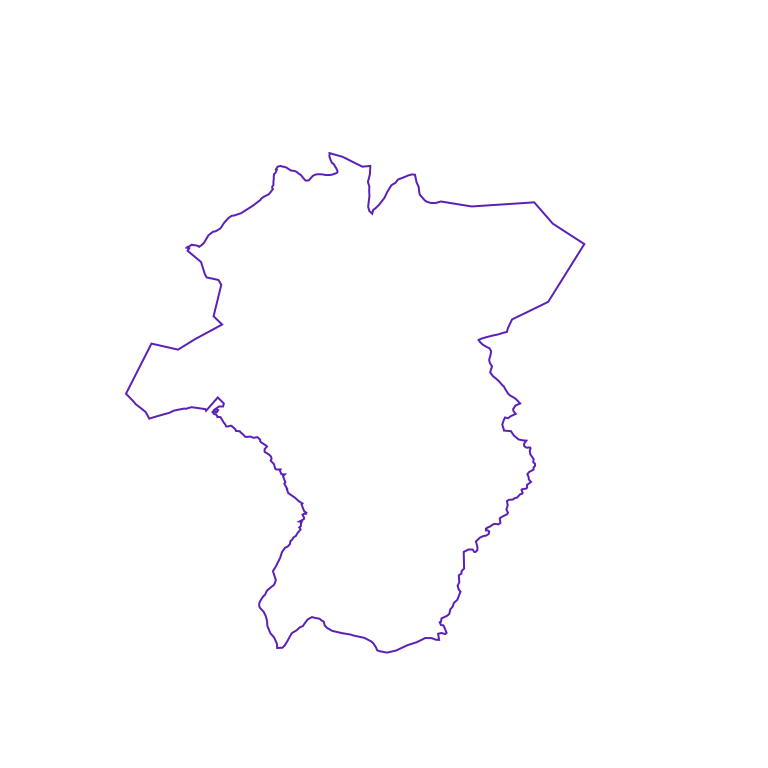 San Andrés Solaga, Oaxaca, Mexico, rotated 233°
{"feature_id": "50627088B53471803847057", "entity_name": "San Andrés Solaga", "entity_type": "district", "adm_level": 2, "iso_a3": "MEX", "parent_name": "Mexico", "parent_adm1": "Oaxaca", "projection": "natural_earth1", "projection_center": [-96.225, 17.275], "detail": "fine", "context": "isolated", "style": "outline", "palette": "violet", "viewbox_px": 768, "rotation_deg": 233, "n_neighbors": 0, "source": "geoboundaries", "source_scale": "gbopen_adm2", "svg_char_len": 5566}
<svg xmlns="http://www.w3.org/2000/svg" viewBox="0 0 768 768"><g transform="rotate(233 384 384)"><path d="M531.5,172.1L520.1,173.5L517.5,173.5L509.5,175.7L505.1,176.8L497.6,175.7L495.3,182.1L490.2,195.2L489.2,200.2L488.0,202.7L485.6,207.7L484.4,210.0L483.4,210.8L483.2,211.4L481.5,216.0L478.9,218.8L471.4,226.2L469.7,225.8L473.3,243.1L464.9,244.4L462.9,242.0L465.3,238.8L465.5,234.1L463.0,235.8L462.2,233.8L462.4,232.8L465.3,232.3L464.8,230.3L464.0,230.9L463.0,230.0L462.2,230.3L460.6,231.5L459.7,231.6L458.5,231.4L457.8,231.0L457.1,232.3L455.9,233.5L449.7,232.8L447.4,232.9L445.1,232.4L444.0,233.8L443.1,236.3L442.4,237.0L437.1,238.1L436.0,237.5L435.5,237.6L433.1,240.4L431.9,240.3L428.7,241.1L427.2,241.2L425.4,241.4L424.2,242.7L422.4,245.7L419.6,247.3L417.7,251.0L414.1,251.6L412.6,250.6L411.2,250.8L405.5,252.9L404.5,252.9L403.8,249.4L401.6,247.8L397.3,249.6L394.1,250.1L392.0,249.3L390.9,247.3L386.3,247.9L381.6,246.1L380.4,246.7L378.0,249.9L377.4,248.7L373.7,247.8L371.5,250.4L371.2,247.9L364.8,246.0L364.4,244.4L358.5,243.6L358.5,243.1L354.5,241.9L346.7,244.5L341.8,245.4L337.7,247.0L337.5,245.8L336.0,245.2L330.3,243.7L327.8,244.5L327.3,243.6L328.6,241.6L328.6,240.2L325.1,239.7L324.3,238.5L325.1,233.6L323.3,235.2L322.6,233.7L320.7,232.4L320.4,229.9L319.3,230.1L318.0,229.8L317.1,225.5L315.7,222.2L316.0,219.5L314.8,216.6L314.9,214.8L312.8,212.6L312.1,209.1L312.8,206.6L311.2,201.5L307.6,196.3L303.7,188.5L301.4,182.7L292.5,179.6L290.6,176.9L289.8,175.1L289.7,170.6L289.5,167.3L289.2,165.6L288.3,164.0L287.3,162.3L287.2,160.2L286.5,158.0L285.3,154.9L284.1,152.7L282.5,151.1L280.1,150.2L274.6,150.8L270.2,150.0L265.3,148.1L261.1,145.3L253.5,143.3L247.7,143.7L240.8,142.1L237.4,139.8L234.5,144.2L234.9,147.2L236.8,152.1L240.4,160.0L240.4,161.5L239.9,166.0L240.3,170.3L239.5,173.4L241.1,178.4L241.9,181.5L241.2,186.2L238.5,188.3L235.3,191.3L232.7,191.8L230.6,192.9L226.6,191.3L223.6,191.7L218.1,194.0L216.3,195.5L210.2,200.6L207.1,203.6L203.8,206.7L201.6,208.2L193.0,215.6L186.0,218.9L183.2,219.4L178.7,219.1L175.3,218.3L172.9,220.0L167.6,224.8L163.8,233.5L161.3,245.5L158.1,254.7L156.3,264.1L152.4,269.1L148.7,271.4L146.5,274.0L152.0,276.9L150.5,280.1L147.4,282.5L147.6,284.2L154.6,286.1L155.7,286.1L156.8,284.7L157.3,284.4L160.2,285.1L159.8,286.4L162.2,288.9L160.9,294.9L161.1,297.8L164.1,301.3L164.9,304.9L167.1,308.0L167.5,312.7L172.2,320.2L174.7,319.9L178.6,321.4L180.4,324.9L186.2,328.6L186.0,331.7L187.9,333.4L188.4,336.9L201.9,346.6L201.0,351.9L198.4,355.2L195.7,355.0L194.9,355.6L195.0,358.4L197.5,360.5L202.9,362.6L203.6,368.2L202.7,372.0L201.5,374.1L201.2,377.4L202.9,379.3L204.9,378.6L205.7,377.3L207.1,378.3L207.1,380.1L206.3,383.0L206.4,385.6L205.8,388.1L203.0,391.0L203.0,393.4L207.1,395.6L206.8,399.2L205.9,403.8L206.7,405.6L210.1,406.2L212.8,409.9L216.5,411.7L216.3,414.1L214.2,417.3L214.1,420.0L213.2,421.9L214.0,426.3L213.2,428.2L213.6,429.2L216.7,430.1L216.8,431.0L214.8,434.8L215.2,435.9L217.4,437.6L217.3,439.3L217.3,442.5L220.5,442.2L222.4,443.4L225.7,444.2L226.4,447.1L225.6,451.8L227.4,453.3L227.7,455.3L229.3,456.6L231.0,456.2L231.8,456.2L234.0,458.3L239.7,458.5L243.0,460.2L244.4,462.3L245.2,462.5L246.4,461.2L246.7,460.2L248.0,459.2L250.1,458.7L251.7,459.6L252.4,461.0L253.1,463.6L255.6,460.8L258.8,458.1L264.5,456.7L269.9,457.0L274.6,451.8L276.1,452.5L278.3,453.2L280.6,454.2L283.3,458.3L284.4,460.5L282.0,462.5L282.0,466.2L281.4,468.6L280.9,471.2L284.3,471.1L286.2,471.9L287.7,476.1L286.5,481.0L292.5,480.3L295.0,479.5L298.6,477.9L301.4,477.3L307.4,477.8L309.2,478.2L313.0,477.7L317.0,477.5L320.9,476.7L325.0,475.7L329.4,475.8L333.1,480.9L337.0,481.2L339.9,482.4L343.3,486.8L345.8,489.3L349.1,489.7L351.7,488.3L356.1,486.5L359.5,486.0L362.2,486.0L361.8,488.4L361.2,490.2L360.5,492.2L357.1,500.4L355.1,504.5L353.1,510.1L351.6,513.5L354.0,516.5L358.5,525.1L350.8,564.6L375.2,628.2L376.0,627.9L410.5,615.3L438.7,613.3L440.5,610.5L459.5,581.5L473.0,560.9L495.6,539.2L497.5,534.0L500.8,530.0L503.8,527.9L506.1,527.1L513.6,526.5L516.2,527.7L520.7,530.4L525.5,531.4L529.6,533.3L532.5,534.7L534.6,532.4L536.0,528.8L536.9,525.1L538.9,518.1L537.8,514.5L538.3,509.6L537.6,507.7L535.3,501.9L532.4,496.4L530.0,487.5L529.5,483.1L529.5,480.0L527.1,477.1L531.1,476.4L535.2,478.1L543.0,485.6L547.5,488.6L550.3,491.0L555.1,492.8L560.1,499.1L566.4,504.3L570.6,497.5L590.3,487.7L601.2,479.4L600.8,479.1L600.0,478.7L599.4,477.9L598.3,477.2L594.7,476.1L592.0,475.5L590.9,476.0L588.8,476.2L587.5,475.8L586.0,475.8L583.1,475.3L581.4,474.6L581.0,473.9L581.1,472.9L581.4,471.8L582.5,468.4L583.6,466.4L584.9,464.6L586.0,463.2L587.8,461.6L590.0,459.2L591.5,457.1L592.3,455.7L592.9,453.7L593.0,452.0L592.5,449.8L592.1,447.7L591.8,446.6L592.5,445.5L592.9,444.8L593.4,444.1L594.2,443.7L597.1,443.5L600.8,443.4L603.2,442.5L605.2,442.1L606.9,441.5L608.4,440.3L609.3,439.4L610.5,438.2L614.1,436.8L615.4,436.5L616.5,435.6L618.0,434.6L619.0,433.5L620.4,432.6L621.4,430.3L621.5,429.6L620.4,426.8L619.6,427.3L617.9,424.3L617.7,422.4L615.2,420.1L613.8,419.2L612.6,417.8L609.5,415.5L609.1,413.9L608.0,412.7L606.5,412.6L605.3,408.1L604.8,406.1L605.9,400.7L605.9,397.3L605.4,396.4L605.3,386.3L606.2,375.8L606.4,372.7L608.8,365.6L610.0,363.6L610.2,359.7L609.2,354.4L608.6,352.2L607.1,348.5L606.7,346.6L607.3,341.4L608.5,339.2L608.4,333.3L605.0,325.0L604.7,321.9L604.8,318.9L605.6,318.9L607.9,317.3L610.2,314.7L610.9,314.5L611.2,310.4L611.7,309.8L611.6,308.4L609.6,310.0L608.6,307.3L591.6,311.3L579.4,307.0L575.9,306.5L566.7,314.4L561.1,313.7L540.7,288.7L528.9,290.5L533.5,260.3L535.4,240.2L556.2,222.6L531.5,172.1Z" fill="none" stroke="#5b21b6" stroke-width="2"/></g></svg>